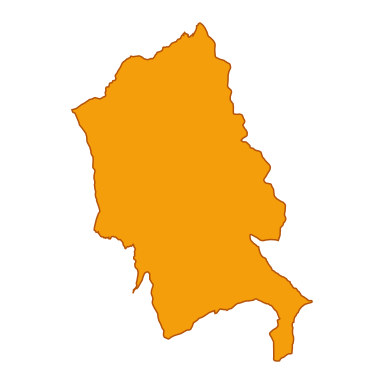 outline of Pamplonita, Norte de Santander, Colombia
{"feature_id": "7082276B88663315175961", "entity_name": "Pamplonita", "entity_type": "district", "adm_level": 2, "iso_a3": "COL", "parent_name": "Colombia", "parent_adm1": "Norte de Santander", "projection": "natural_earth1", "projection_center": [-72.634, 7.481], "detail": "fine", "context": "isolated", "style": "filled", "palette": "amber", "viewbox_px": 384, "rotation_deg": 0, "n_neighbors": 0, "source": "geoboundaries", "source_scale": "gbopen_adm2", "svg_char_len": 5950}
<svg xmlns="http://www.w3.org/2000/svg" viewBox="0 0 384 384"><path d="M184.7,32.5L184.0,33.6L183.7,34.9L183.2,34.1L183.0,34.7L182.2,35.2L181.5,36.0L180.4,38.6L177.7,39.5L176.4,41.5L172.1,43.1L171.1,44.0L170.0,45.7L168.3,47.0L166.7,46.8L164.9,47.5L163.9,47.1L163.4,47.2L162.9,47.7L162.8,49.0L162.2,50.2L160.7,51.4L157.1,52.4L156.6,53.7L155.5,54.8L154.2,57.2L152.9,58.5L152.1,58.8L151.0,58.5L148.1,59.6L147.0,59.6L144.2,58.8L141.7,56.9L139.2,55.9L132.9,56.7L131.2,56.2L130.6,56.3L130.2,57.5L126.7,59.2L125.1,60.8L123.6,61.7L122.3,63.1L120.3,67.4L117.9,71.1L116.9,73.2L115.4,75.2L115.2,75.7L115.9,78.4L115.8,79.1L115.4,80.0L114.5,80.5L112.9,80.7L112.4,81.9L111.7,82.8L110.1,83.0L109.6,83.4L108.8,86.8L106.7,87.0L106.0,87.5L105.7,89.0L106.0,91.1L105.4,91.8L105.2,92.7L105.6,94.8L105.5,95.9L105.1,96.4L103.6,96.9L100.9,98.5L99.7,98.9L95.2,97.7L94.1,97.9L91.9,99.1L89.6,99.5L84.5,103.1L81.7,104.5L76.4,108.5L71.9,109.8L72.7,112.0L73.3,112.5L74.6,112.9L75.3,113.8L78.6,121.7L79.6,125.1L82.3,128.4L85.7,133.2L86.7,136.6L87.0,141.1L87.3,142.3L89.9,147.3L90.9,151.1L91.0,153.0L91.9,155.2L92.9,156.7L93.2,159.7L92.8,166.8L93.2,168.1L94.7,169.8L94.9,170.7L94.9,171.6L94.1,175.4L94.0,178.1L94.8,181.5L94.8,183.2L94.4,185.1L94.7,186.1L94.9,188.7L95.7,191.7L95.4,193.6L95.4,195.6L96.0,198.0L96.7,199.1L96.6,200.6L98.9,207.1L99.6,209.8L99.8,211.3L99.4,212.3L98.5,213.4L96.5,218.8L94.5,227.0L94.1,230.0L95.4,230.9L95.8,232.0L97.3,232.5L98.3,232.0L98.5,233.2L100.8,236.4L101.5,236.8L102.9,236.8L104.0,237.9L105.0,237.5L105.6,238.2L106.5,237.6L107.8,237.9L108.6,237.3L109.0,238.0L109.0,238.8L110.2,238.9L110.7,238.4L111.1,237.2L112.2,236.4L115.9,237.2L118.5,239.7L120.3,239.6L122.7,242.3L123.4,245.3L124.7,246.9L125.0,248.3L125.4,248.6L125.8,248.4L127.3,246.7L128.8,246.8L130.3,245.9L131.3,246.3L132.2,245.6L133.1,244.3L133.4,244.4L134.0,246.8L135.4,248.7L134.4,252.1L134.8,253.1L134.5,254.8L134.8,255.8L133.9,256.8L133.7,258.6L133.9,259.0L135.4,260.2L135.9,260.9L135.7,262.1L134.8,264.0L135.0,266.1L135.4,267.5L137.6,269.6L137.6,270.6L138.3,272.3L137.9,273.5L138.1,274.9L137.8,275.7L137.0,280.6L136.3,283.3L136.8,285.7L135.7,287.8L133.4,290.0L133.5,291.4L132.9,293.4L134.3,289.9L135.7,288.8L137.1,288.3L138.2,287.0L142.3,279.8L143.0,277.0L144.5,273.4L146.4,272.1L147.6,271.9L148.0,271.9L148.9,273.0L149.6,273.4L149.8,279.3L152.1,283.2L153.1,284.4L153.0,285.9L151.6,290.2L151.3,292.2L151.4,294.1L152.4,296.5L152.9,298.6L152.3,302.3L152.5,303.8L153.9,307.0L157.5,313.2L157.9,314.9L158.0,317.0L158.9,320.7L160.5,323.7L162.4,328.5L163.9,330.4L163.5,334.4L163.6,335.6L164.3,337.1L167.4,338.6L168.4,338.9L169.2,338.7L171.4,337.0L174.2,335.6L181.2,333.4L186.7,330.2L189.8,329.8L190.6,329.3L192.3,326.2L193.4,322.9L197.0,320.4L199.2,318.2L201.7,317.4L203.8,316.3L209.4,312.5L214.6,310.6L214.6,312.4L215.1,313.5L215.8,313.0L216.6,313.1L219.4,309.5L220.2,309.0L222.0,309.4L223.1,309.3L223.9,309.7L225.6,309.5L226.9,310.4L229.2,308.9L231.4,308.5L235.8,304.6L237.7,303.4L240.6,302.8L245.7,301.0L248.6,300.9L253.6,300.1L254.9,299.1L255.8,298.9L257.0,299.2L258.7,300.3L260.6,300.9L263.5,302.5L266.5,303.7L268.3,303.9L269.7,305.0L271.6,305.7L274.7,309.8L275.8,310.6L276.9,311.9L279.0,317.6L279.8,318.4L279.5,319.2L277.5,320.1L277.4,320.6L278.1,324.5L277.9,326.2L276.5,327.8L273.1,329.9L271.0,331.7L269.8,333.0L269.7,334.0L270.2,335.4L271.4,337.2L273.6,341.8L273.8,356.6L273.6,359.2L274.3,360.4L275.3,360.8L277.7,361.0L279.5,360.8L280.3,359.3L281.3,358.1L283.7,357.2L286.9,354.7L288.7,353.8L290.5,353.8L291.8,353.4L292.4,347.8L292.3,344.5L293.0,343.5L293.5,340.6L293.6,338.3L293.4,336.4L292.7,334.7L292.5,332.4L292.5,330.3L292.9,327.6L292.3,326.4L292.1,325.3L292.6,322.9L293.0,322.4L293.8,322.2L294.0,319.5L294.7,317.1L296.0,315.6L296.8,313.7L298.3,312.3L298.9,310.4L300.0,308.8L302.1,306.4L305.2,304.2L311.4,302.4L312.0,302.0L312.1,301.2L311.3,300.6L308.8,300.6L307.4,299.7L306.5,298.7L305.2,298.0L304.6,297.4L301.4,295.6L299.1,291.8L297.7,290.8L296.3,288.6L295.6,288.3L294.3,288.3L293.2,287.5L291.5,284.8L290.5,283.7L290.0,281.8L287.7,280.7L286.4,278.8L283.4,276.9L282.5,276.8L279.2,275.0L277.9,273.6L276.1,272.9L274.0,271.1L272.2,270.2L271.3,267.9L269.3,265.3L267.5,262.5L267.4,261.8L266.7,261.3L266.0,258.9L264.9,258.0L262.9,257.1L261.5,255.6L260.9,254.6L260.3,253.5L259.0,249.4L258.7,247.0L258.4,246.7L257.2,246.4L255.9,244.9L253.9,243.6L251.1,240.7L250.5,239.8L249.9,236.3L250.1,234.8L250.8,234.5L251.8,234.8L257.1,237.7L260.0,239.9L261.5,240.5L263.5,240.6L265.8,240.0L270.6,239.5L275.6,239.8L278.3,240.5L280.0,235.3L280.4,227.8L282.9,225.2L283.5,223.0L284.8,221.6L285.7,219.7L285.7,217.9L284.6,215.5L284.5,214.0L285.1,210.7L285.4,205.5L284.9,204.1L283.2,202.4L280.6,201.2L276.8,198.8L274.7,196.5L274.1,195.0L273.5,189.3L271.8,186.3L271.1,184.4L270.6,184.0L266.1,183.1L265.2,182.6L263.8,180.5L264.0,179.0L266.0,176.3L267.9,172.9L269.6,170.3L270.2,168.6L270.3,167.0L269.6,165.2L268.6,164.0L265.4,160.7L263.8,158.5L262.5,157.1L261.0,152.3L259.6,151.3L255.3,150.2L253.0,148.3L250.7,147.9L249.9,146.6L249.8,145.6L246.7,142.5L246.0,142.0L243.3,141.9L241.6,140.9L241.1,140.3L242.8,138.3L246.6,136.0L247.1,135.1L247.2,132.5L246.2,130.3L245.1,129.1L242.8,125.4L242.9,124.9L244.4,122.6L244.7,121.3L244.6,120.4L243.4,118.3L242.5,115.7L241.7,114.8L240.5,114.3L239.1,114.1L237.1,114.4L233.8,114.0L233.5,113.4L233.3,112.2L233.4,106.6L233.0,103.8L230.6,100.6L230.2,99.4L230.3,96.3L231.4,92.7L231.5,91.6L231.0,90.1L228.1,87.5L227.5,85.7L228.0,80.8L228.1,75.4L228.8,71.8L230.3,68.5L230.6,67.4L230.1,64.8L229.5,63.8L227.2,62.6L223.9,60.4L219.7,59.2L216.0,57.4L215.3,56.3L215.0,53.8L214.7,49.5L215.1,45.4L215.0,44.0L214.6,42.8L213.3,40.6L210.3,37.6L209.1,36.9L208.0,35.7L207.0,32.2L205.1,28.2L203.1,25.4L201.0,23.6L200.0,23.0L199.4,23.2L198.4,23.9L198.0,25.1L196.6,25.8L196.6,27.5L196.1,29.8L193.1,35.4L192.8,34.1L192.1,35.0L191.0,35.5L190.6,36.4L189.0,37.3L188.5,36.3L188.0,36.3L187.8,34.9L188.1,34.8L187.9,34.5L185.3,33.4L184.7,32.5Z" fill="#f59e0b" stroke="#b45309" stroke-width="1.5"/></svg>